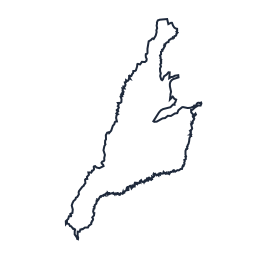 Armenia, Quindío, Colombia (Robinson projection), rotated 171°
{"feature_id": "7082276B37596185991621", "entity_name": "Armenia", "entity_type": "district", "adm_level": 2, "iso_a3": "COL", "parent_name": "Colombia", "parent_adm1": "Quindío", "projection": "robinson", "projection_center": [-75.71, 4.492], "detail": "fine", "context": "isolated", "style": "outline", "palette": "slate", "viewbox_px": 256, "rotation_deg": 171, "n_neighbors": 0, "source": "geoboundaries", "source_scale": "gbopen_adm2", "svg_char_len": 5703}
<svg xmlns="http://www.w3.org/2000/svg" viewBox="0 0 256 256"><g transform="rotate(171 128 128)"><path d="M103.8,77.1L103.8,78.3L102.8,78.4L101.8,77.5L100.3,77.6L99.7,79.0L98.2,76.9L97.7,76.9L97.5,77.8L96.9,78.0L96.3,76.8L95.3,76.7L94.5,76.0L94.1,76.5L94.4,77.7L93.4,77.3L92.8,78.0L91.7,77.7L89.7,79.2L89.1,79.0L89.3,77.9L88.8,78.0L88.3,77.5L85.8,78.6L84.5,78.2L82.3,79.3L81.1,79.1L80.3,81.1L79.7,81.4L80.0,81.7L79.5,82.5L78.9,82.3L78.1,83.3L77.8,84.1L78.0,84.8L77.1,86.4L77.4,87.6L75.9,88.1L75.5,89.6L75.8,90.6L75.1,90.9L75.4,92.6L74.8,96.4L73.8,98.1L73.0,98.0L72.5,98.5L72.7,100.2L72.0,100.6L71.9,101.5L70.7,102.9L69.6,105.6L68.9,108.4L67.6,110.0L66.9,110.1L67.1,111.4L67.7,111.6L66.7,111.9L67.2,112.8L66.6,113.4L66.9,114.4L66.4,115.0L67.0,115.6L65.2,116.7L64.7,117.6L65.1,121.9L64.5,121.9L64.4,122.9L64.0,122.3L63.4,122.6L62.9,124.9L61.9,125.6L61.1,126.8L62.0,128.5L62.2,129.6L61.9,129.8L60.8,129.0L60.2,129.8L58.8,130.6L59.1,131.7L60.3,130.6L61.4,130.9L63.1,133.5L62.9,135.9L61.5,135.9L58.5,137.9L55.0,139.3L52.8,138.8L51.7,140.6L51.8,141.7L53.3,141.4L54.0,141.9L55.2,141.9L56.3,141.2L57.1,139.6L59.2,139.8L59.7,139.0L63.0,138.2L66.0,138.4L70.2,140.0L71.2,140.1L75.4,137.7L77.0,135.0L79.6,135.0L83.7,133.2L86.8,133.8L89.8,132.0L92.4,132.1L98.6,129.8L101.1,130.0L101.9,130.7L95.0,138.5L92.8,140.3L90.4,141.2L82.8,141.9L79.9,144.1L78.4,143.7L78.3,145.1L77.1,146.3L76.0,148.5L77.6,149.5L78.9,152.0L82.1,149.6L81.5,151.7L81.2,151.5L80.8,154.7L79.8,157.0L80.1,162.5L79.8,164.9L79.1,166.7L77.6,168.3L75.8,169.2L70.2,170.1L70.1,172.3L73.6,172.3L75.7,171.5L77.4,171.6L79.5,170.7L78.1,176.4L79.3,176.7L81.5,174.7L84.3,173.4L86.0,170.5L86.8,169.9L87.6,170.7L88.1,174.3L87.0,177.0L87.4,178.7L87.1,181.8L85.8,183.6L86.2,185.8L85.0,187.0L85.2,188.0L84.8,188.7L85.2,189.3L84.4,190.2L85.1,191.7L84.7,192.9L85.1,194.6L83.8,195.6L83.5,198.1L81.8,198.9L82.1,200.0L80.7,200.6L79.5,202.4L79.0,202.7L79.4,203.5L78.6,203.9L78.9,204.8L78.0,204.9L77.8,205.5L75.8,206.6L74.6,206.5L74.0,208.1L73.2,208.7L72.1,208.9L71.2,209.6L69.8,209.3L69.5,210.5L68.5,210.0L67.8,211.4L66.4,211.6L65.7,212.4L65.5,213.4L64.1,214.5L65.1,215.6L64.2,216.5L64.0,218.3L65.3,218.8L66.5,219.9L67.5,222.0L68.1,225.0L69.1,225.2L71.9,224.3L72.3,229.5L79.7,230.0L81.7,229.6L82.9,227.8L83.0,226.6L83.7,224.6L83.6,222.0L84.7,220.1L84.7,218.3L86.2,214.9L88.7,211.9L89.4,212.6L90.0,212.5L91.6,211.3L94.0,210.4L96.4,203.2L97.0,199.1L97.5,198.4L98.8,198.2L99.1,197.2L99.3,195.2L98.7,193.2L99.3,191.5L101.0,190.5L103.9,191.2L106.1,188.9L108.2,189.8L108.8,189.6L109.4,187.3L111.2,183.7L111.9,183.3L113.9,183.4L114.3,181.5L115.4,180.7L116.5,178.9L117.1,178.7L118.3,179.5L118.8,179.3L118.9,178.2L118.2,176.4L119.2,177.1L119.8,175.5L120.8,174.6L121.4,174.6L122.4,175.5L122.6,173.8L124.0,173.6L123.7,171.4L124.1,170.2L124.6,169.7L126.0,169.7L125.3,167.6L127.3,168.1L127.1,167.0L127.5,166.1L126.7,164.5L127.0,163.9L127.6,164.0L127.5,162.1L127.9,161.9L128.9,162.9L129.7,161.8L128.9,160.2L130.4,160.1L129.9,157.5L130.5,154.7L131.6,154.0L134.1,154.3L133.5,152.4L134.7,151.2L133.8,149.9L134.5,148.6L136.3,147.5L136.3,147.1L135.2,146.9L135.0,146.1L137.1,144.3L135.8,143.2L137.3,142.5L138.2,139.8L137.9,136.2L139.4,136.3L140.1,135.8L141.0,133.8L142.6,132.6L145.0,128.0L147.5,125.9L147.8,126.8L149.3,126.6L151.0,124.4L151.5,120.2L152.5,119.2L153.1,116.4L152.8,115.5L154.2,113.8L155.7,109.8L155.0,105.0L156.2,102.1L156.4,100.0L157.1,99.1L158.6,98.9L159.6,97.9L159.5,97.0L158.3,95.6L158.1,94.2L162.6,92.8L165.4,94.0L166.4,95.5L167.6,95.4L167.9,95.1L168.0,92.6L168.9,91.6L170.3,91.5L170.5,90.5L171.4,89.6L172.1,90.0L174.1,90.3L173.9,87.9L176.2,86.2L176.2,84.1L177.9,84.2L178.5,83.6L178.7,80.2L180.4,78.6L180.7,77.9L182.3,77.1L186.3,73.3L186.8,72.2L186.9,70.2L188.9,67.8L190.4,67.3L191.1,65.7L193.2,64.4L194.5,62.6L195.7,60.3L195.3,56.1L196.2,52.8L198.4,52.2L198.5,51.5L197.8,50.5L198.1,49.8L200.2,50.0L201.2,47.6L204.0,45.7L204.3,42.9L203.1,44.0L203.2,43.3L201.3,42.3L200.6,40.2L199.5,39.8L198.5,37.9L197.5,37.2L197.7,36.8L196.3,36.3L196.1,35.6L196.7,34.8L197.3,31.3L195.5,27.5L195.6,26.5L194.8,26.0L194.4,27.4L194.6,29.6L193.9,33.5L192.0,33.1L190.9,35.2L189.6,35.0L189.1,35.5L188.4,35.2L186.2,36.4L183.1,36.0L182.0,37.6L179.3,38.9L179.1,40.4L178.5,40.8L178.3,41.6L177.4,42.1L176.7,43.5L177.3,45.3L175.3,46.9L174.6,49.2L175.2,49.4L175.5,50.9L174.6,53.5L173.8,53.7L173.4,55.0L173.8,55.5L173.2,55.8L172.9,57.0L171.1,58.3L170.4,60.9L169.8,60.6L169.4,61.1L169.5,62.3L168.4,61.9L166.4,64.5L165.6,64.2L165.2,65.1L163.7,65.0L163.0,65.5L162.8,65.0L161.8,65.6L160.7,64.9L160.6,66.4L158.9,67.3L158.6,66.3L158.3,67.3L157.5,66.0L157.1,66.8L156.6,66.7L156.6,65.7L152.8,66.3L152.7,65.2L151.8,65.2L151.4,64.4L150.8,65.3L149.9,64.4L149.0,65.4L148.5,65.4L147.8,65.0L148.0,64.3L147.1,64.2L147.1,63.4L146.6,63.2L145.4,64.7L143.7,63.9L142.9,65.5L142.8,64.4L141.7,64.7L141.5,65.8L139.5,66.7L139.0,67.9L138.3,66.7L137.7,66.7L137.9,67.4L137.2,67.2L137.1,68.0L137.8,68.4L137.4,68.9L138.2,69.3L137.8,69.8L136.2,69.8L135.2,70.5L134.6,70.5L134.0,67.8L133.5,68.3L133.4,69.9L132.6,70.2L132.2,71.4L132.0,69.2L131.3,69.6L130.6,69.2L130.3,69.9L130.2,72.0L129.7,72.9L129.2,72.8L129.2,71.9L128.6,71.5L128.2,71.7L128.3,72.5L127.6,72.4L128.0,71.4L127.6,71.0L126.8,72.0L125.6,71.8L125.0,72.8L124.4,72.3L124.4,73.7L123.2,74.4L122.8,73.0L122.0,72.4L121.0,72.7L120.7,71.8L119.4,73.7L119.1,73.7L119.2,72.6L118.6,72.9L117.2,75.0L116.7,74.4L116.7,72.9L116.3,72.8L116.0,73.2L116.3,75.3L115.8,75.4L115.4,74.7L114.8,75.6L114.4,75.3L114.6,74.1L113.3,73.2L113.0,73.7L112.3,73.7L112.5,74.8L111.7,75.4L111.7,76.3L110.7,75.6L109.6,76.4L109.4,77.2L110.1,78.1L109.8,78.7L109.0,77.5L108.5,77.9L108.9,78.5L108.4,78.6L107.1,76.8L106.0,77.4L105.2,76.3L104.6,77.7L103.8,77.1Z" fill="none" stroke="#1e293b" stroke-width="2"/></g></svg>